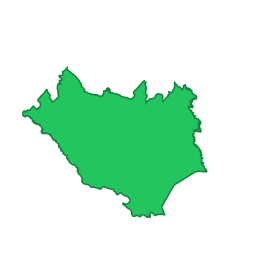 the district of Mocache, Los Rios, Ecuador, rotated 133°
{"feature_id": "8360857B55649152040637", "entity_name": "Mocache", "entity_type": "district", "adm_level": 2, "iso_a3": "ECU", "parent_name": "Ecuador", "parent_adm1": "Los Rios", "projection": "equal_earth", "projection_center": [-79.602, -1.198], "detail": "fine", "context": "isolated", "style": "filled", "palette": "green", "viewbox_px": 256, "rotation_deg": 133, "n_neighbors": 0, "source": "geoboundaries", "source_scale": "gbopen_adm2", "svg_char_len": 5770}
<svg xmlns="http://www.w3.org/2000/svg" viewBox="0 0 256 256"><g transform="rotate(133 128 128)"><path d="M57.4,115.7L58.9,116.2L60.4,115.3L63.2,114.5L62.8,117.6L63.8,120.6L63.2,121.4L63.0,124.9L65.8,122.3L68.3,120.8L69.8,121.0L70.9,119.8L72.8,120.8L73.7,122.8L75.1,120.7L76.6,121.2L77.2,120.4L79.8,120.8L84.6,120.3L83.6,122.3L82.1,123.2L82.0,123.8L80.9,124.5L80.5,125.4L81.0,127.1L82.0,128.3L82.0,129.0L84.1,130.2L86.9,129.3L88.9,129.4L92.1,132.0L97.5,132.1L96.0,133.1L95.1,134.7L91.5,135.8L91.0,136.5L90.7,138.6L89.9,139.6L89.0,139.9L87.8,141.5L87.4,141.1L85.6,142.8L84.5,145.6L82.7,145.6L82.4,146.2L82.3,148.2L83.3,148.6L94.4,148.2L96.1,148.7L97.6,148.4L99.0,147.4L99.2,146.0L100.0,145.2L104.3,144.8L109.1,153.8L109.6,155.2L109.6,156.6L110.1,157.0L110.1,158.1L110.7,158.4L110.8,159.5L112.1,161.3L113.0,163.4L114.0,164.5L114.4,164.5L114.3,165.4L113.6,164.8L113.6,165.8L114.0,166.0L113.5,166.3L114.4,167.1L114.5,168.1L113.4,167.5L113.4,168.5L112.2,167.8L112.3,169.5L112.7,169.2L112.6,170.0L113.5,170.4L115.4,169.3L115.6,170.0L116.4,169.9L117.6,171.1L119.2,169.3L120.7,169.3L122.0,168.6L123.4,169.6L124.4,171.0L124.5,172.5L125.4,174.0L126.2,173.8L126.1,174.8L128.0,177.3L129.9,181.7L130.3,183.4L131.1,183.9L131.0,184.7L129.5,186.0L129.2,188.7L129.5,189.9L128.7,190.8L128.6,191.7L127.4,192.6L127.6,193.7L126.6,196.1L126.1,202.7L126.6,211.8L126.2,213.1L125.5,213.7L129.5,213.4L131.2,214.2L133.9,211.9L135.1,212.2L136.2,213.9L136.8,214.0L137.4,213.2L137.5,209.5L137.7,209.0L138.7,209.0L140.0,210.6L141.2,209.3L141.2,208.0L141.5,207.3L142.2,207.6L142.4,208.9L143.5,209.2L146.1,207.8L146.8,206.7L147.4,206.6L148.7,204.1L149.5,203.8L151.3,201.8L152.4,199.9L160.1,200.6L160.5,201.4L159.6,203.1L159.7,205.2L159.4,205.8L156.9,207.4L156.9,209.0L156.3,210.7L156.4,211.6L155.2,213.5L155.4,213.8L161.6,213.0L162.5,213.5L167.8,213.1L168.3,213.4L169.8,211.8L169.1,210.2L171.3,207.2L174.8,206.7L174.8,207.4L175.3,207.7L176.4,207.3L177.0,208.8L177.0,209.6L176.4,210.4L176.7,210.9L176.5,212.2L182.2,212.1L183.5,213.8L185.8,213.9L186.1,214.9L186.4,214.6L186.6,215.4L187.0,215.8L189.0,214.9L189.9,214.0L190.5,212.6L189.9,210.7L188.2,210.7L187.7,209.8L187.5,208.5L186.8,207.8L187.1,206.3L186.8,206.5L187.0,205.8L186.6,205.1L187.5,202.7L188.0,202.6L187.3,201.7L188.1,201.7L188.5,200.5L188.3,200.0L187.8,200.4L188.1,199.0L187.6,198.9L187.6,198.0L187.2,198.5L186.9,198.3L186.8,196.3L185.6,194.9L186.5,194.1L186.0,193.0L186.6,191.5L186.8,190.1L187.5,190.2L187.5,189.2L188.0,188.9L189.4,189.4L190.3,188.1L190.3,186.9L189.5,187.1L189.3,186.2L189.5,185.8L188.6,184.8L187.7,184.7L186.9,183.3L187.1,183.0L186.7,182.0L185.8,180.8L185.9,179.8L186.3,180.4L186.6,180.0L186.2,178.1L186.9,177.4L186.9,176.2L187.3,176.0L187.5,174.5L187.5,173.6L186.7,173.1L186.4,172.2L187.2,171.6L187.1,167.5L187.8,166.8L188.5,166.7L188.6,165.4L189.1,165.1L188.7,164.8L189.0,164.3L188.8,163.4L189.4,162.8L189.1,162.4L190.4,161.5L189.8,160.8L189.9,158.5L191.0,158.1L190.5,157.5L190.9,155.9L189.9,153.5L191.7,152.6L191.9,151.6L191.6,150.6L192.2,150.4L192.3,148.9L193.0,147.4L192.6,143.2L191.2,141.4L192.0,139.5L191.6,138.5L191.6,136.8L192.3,137.2L192.9,136.5L193.1,135.3L193.6,135.9L194.4,135.3L194.5,134.4L195.2,133.2L195.1,130.5L195.7,127.9L196.8,126.3L197.9,125.9L198.8,125.0L199.0,122.4L196.5,118.1L196.0,116.4L196.7,115.1L194.0,111.8L193.6,110.5L192.8,109.6L192.4,107.7L191.1,106.3L190.7,107.1L190.0,106.5L187.5,105.9L186.7,104.6L186.0,101.8L184.8,100.1L184.0,98.0L182.7,96.9L183.7,94.8L183.3,93.9L184.3,91.1L183.9,90.1L180.4,89.5L180.0,84.9L178.7,82.3L178.5,80.5L179.0,77.8L179.9,76.8L180.7,76.5L183.2,76.5L184.7,76.9L185.6,78.2L186.1,80.2L186.6,80.4L187.0,80.1L187.2,79.2L186.8,77.2L186.9,73.9L186.1,70.9L186.7,68.3L188.6,66.2L189.2,64.5L188.0,62.8L185.9,62.2L185.1,59.7L184.1,58.2L182.9,59.1L180.8,57.4L180.2,53.1L179.8,52.7L178.6,52.9L178.6,51.1L177.1,51.6L176.3,53.5L173.5,53.1L173.6,48.5L170.9,47.1L169.0,45.5L166.5,42.1L163.0,49.1L162.5,49.6L138.4,55.4L114.0,48.8L109.9,45.2L108.7,43.0L107.3,42.1L106.6,40.2L106.8,41.4L106.0,40.9L105.7,41.4L105.9,42.0L104.9,42.6L105.1,43.1L105.7,43.0L105.6,44.5L105.0,45.3L104.1,45.7L104.0,48.0L103.5,48.8L102.1,48.9L102.5,49.6L103.7,50.0L103.5,50.5L103.0,50.6L103.1,51.2L101.9,51.3L99.9,53.9L99.7,53.7L99.8,52.8L99.1,52.7L98.8,53.6L99.2,54.2L99.2,55.4L98.5,55.5L98.0,56.5L97.2,55.9L97.2,56.8L96.7,58.1L96.0,57.9L95.8,59.3L95.5,58.8L95.1,59.1L94.8,61.5L94.3,62.6L94.7,63.1L94.4,64.2L94.1,64.3L94.5,65.0L95.0,65.2L94.7,65.6L94.1,65.4L94.0,66.3L95.0,66.8L94.2,67.7L94.5,68.4L94.9,68.1L94.8,69.1L94.2,69.3L94.3,69.9L93.1,70.5L92.3,70.2L92.3,71.1L91.9,71.2L91.8,71.8L90.9,71.2L89.9,73.6L89.6,73.4L89.8,74.1L89.3,74.3L89.8,74.9L89.4,75.6L88.7,75.9L88.1,75.6L88.0,76.4L86.9,76.1L85.6,78.0L84.6,78.0L84.5,76.3L84.1,75.8L83.3,76.4L83.0,77.1L82.3,76.4L81.7,76.4L82.0,74.9L83.0,74.5L81.4,72.4L80.9,73.1L80.4,72.6L80.0,74.2L79.3,74.2L80.0,75.6L79.9,76.4L78.9,75.7L78.3,76.7L78.1,78.6L77.2,78.4L77.0,77.8L76.3,78.8L76.4,79.9L75.6,79.1L75.4,77.9L74.1,78.7L73.8,80.6L74.1,81.4L73.6,81.7L73.4,82.7L75.2,85.5L74.7,87.0L74.0,87.2L73.6,86.4L73.4,86.6L73.5,87.4L74.5,88.2L73.9,89.1L74.1,89.7L73.2,89.6L72.9,90.9L72.3,90.9L73.2,92.7L72.1,93.3L72.8,93.9L72.0,94.8L72.3,96.5L71.8,97.1L71.0,97.2L71.4,98.2L70.9,98.1L70.3,97.4L69.5,95.6L69.6,95.1L69.0,94.7L67.6,95.3L68.5,97.0L68.3,97.7L67.9,97.0L67.4,97.3L67.6,98.5L66.8,98.6L66.8,99.6L66.5,100.0L66.1,99.7L66.1,100.4L65.1,98.8L63.9,100.6L63.3,100.3L63.3,99.5L62.4,99.3L62.4,100.7L61.9,100.5L62.2,99.7L61.7,99.0L60.6,99.2L60.3,98.2L59.8,99.2L58.9,98.5L58.5,98.7L58.5,99.3L58.8,99.3L58.8,99.7L58.0,99.9L58.5,101.5L58.4,102.8L58.9,103.2L58.1,106.1L57.0,107.0L57.6,108.0L57.2,108.9L57.5,110.2L58.5,109.1L58.7,110.5L58.5,111.8L59.6,111.6L59.6,112.1L59.1,113.0L58.3,113.3L58.4,113.7L57.4,115.7Z" fill="#22c55e" stroke="#15803d" stroke-width="1.5"/></g></svg>